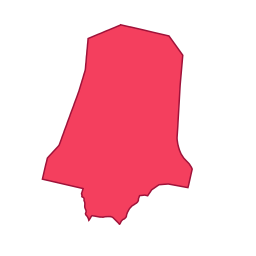 Khab wa Ash Sha'f, Al Jawf, Yemen, rotated 283°
{"feature_id": "15242507B11673803403546", "entity_name": "Khab wa Ash Sha'f", "entity_type": "district", "adm_level": 2, "iso_a3": "YEM", "parent_name": "Yemen", "parent_adm1": "Al Jawf", "projection": "mercator", "projection_center": [45.303, 16.593], "detail": "fine", "context": "isolated", "style": "filled", "palette": "rose", "viewbox_px": 256, "rotation_deg": 283, "n_neighbors": 0, "source": "geoboundaries", "source_scale": "gbopen_adm2", "svg_char_len": 4010}
<svg xmlns="http://www.w3.org/2000/svg" viewBox="0 0 256 256"><g transform="rotate(283 128 128)"><path d="M226.9,97.6L226.7,97.6L225.4,95.8L224.2,94.1L223.0,92.5L221.6,90.5L220.3,88.7L219.0,86.9L217.8,85.1L216.5,83.3L215.2,81.6L213.9,79.8L212.5,77.7L211.4,76.2L210.1,74.4L208.8,72.6L207.5,70.8L206.2,69.0L204.2,69.3L202.3,69.6L200.4,69.8L198.4,70.1L196.4,70.4L194.4,70.6L192.5,70.9L190.5,71.2L188.5,71.4L186.6,71.7L184.6,72.0L182.7,72.3L180.7,72.5L178.7,72.8L176.8,73.1L174.8,73.3L172.6,73.2L170.4,73.0L168.2,72.9L166.1,72.8L163.9,72.6L161.7,72.5L159.5,72.3L157.5,72.2L154.9,72.0L152.9,71.9L150.7,71.6L148.8,71.4L146.3,71.1L144.1,70.8L141.9,70.5L139.7,70.2L137.5,70.0L135.3,69.7L133.1,69.4L130.9,69.1L128.7,68.8L126.5,68.6L124.3,68.3L122.1,68.0L119.8,67.7L117.6,67.5L115.4,67.2L113.2,66.9L111.0,66.6L108.8,66.4L106.6,66.1L104.5,65.8L102.2,65.6L100.0,65.3L97.6,65.0L95.6,64.7L93.7,63.7L91.8,62.6L89.9,61.5L88.0,60.4L86.2,59.4L84.3,58.3L82.4,57.2L80.5,56.2L78.4,56.2L76.3,56.2L74.3,56.1L72.1,56.1L70.0,56.1L67.9,56.1L65.8,56.1L63.6,56.1L61.6,56.1L60.2,56.1L59.4,56.1L58.9,56.1L58.9,60.7L58.9,73.3L58.9,73.6L58.9,82.8L58.9,88.8L58.9,97.9L53.4,97.5L52.2,98.4L51.4,98.3L50.8,98.5L50.6,98.7L50.5,98.9L50.5,99.4L50.4,99.8L50.2,100.1L49.9,100.6L49.6,100.9L49.3,101.1L48.9,101.2L48.5,101.3L48.1,101.3L47.6,101.4L47.4,101.5L47.1,101.7L46.8,101.9L46.5,102.1L46.1,102.4L45.7,102.6L45.0,102.8L44.6,103.0L44.1,103.1L43.5,103.2L43.2,103.2L42.8,103.3L42.2,103.4L41.8,103.5L41.3,103.7L40.9,103.8L40.4,104.1L40.1,104.3L39.6,104.6L39.0,105.1L38.5,105.4L38.0,105.7L37.4,105.9L37.0,106.0L36.7,106.0L36.4,106.0L36.2,106.0L35.8,105.9L35.5,105.9L35.2,105.8L34.8,105.9L34.4,106.1L34.2,106.3L33.9,106.5L33.7,106.7L33.5,107.0L33.3,107.3L33.1,107.6L32.9,107.9L32.7,108.1L32.5,108.3L32.1,108.7L31.7,109.0L31.3,109.4L30.8,109.7L30.3,110.1L29.8,110.3L29.2,110.6L29.5,110.8L30.5,111.1L31.2,111.4L32.9,111.9L33.3,112.0L33.9,112.3L34.5,112.7L34.6,114.7L34.7,115.5L34.7,116.3L34.9,120.5L35.3,122.4L35.4,123.2L35.5,123.8L35.8,124.4L36.5,125.8L36.5,126.0L36.6,126.3L37.0,127.7L37.5,129.7L37.7,131.3L37.8,131.3L37.7,132.0L37.5,133.0L37.4,133.3L37.3,133.6L36.9,134.2L33.3,140.0L32.5,141.3L32.4,141.3L32.4,141.5L32.6,141.6L33.0,141.7L33.2,141.8L33.4,141.9L33.9,142.0L34.3,142.1L34.7,142.1L35.3,142.3L35.6,142.4L36.1,142.6L36.6,142.9L37.1,143.2L37.4,143.4L37.7,143.6L37.8,143.8L38.0,144.0L38.1,144.3L38.4,144.5L38.5,144.7L38.8,145.0L39.1,145.2L39.4,145.4L39.9,145.7L40.4,146.0L40.9,146.2L41.3,146.3L41.5,146.3L41.9,146.2L42.2,146.2L42.5,146.2L42.8,146.2L43.1,146.2L43.4,146.2L43.8,146.2L44.0,146.2L44.4,146.3L44.9,146.4L45.3,146.4L45.6,146.4L45.9,146.5L46.3,146.6L46.5,146.7L46.9,146.8L47.3,146.9L47.8,147.0L48.4,147.2L49.0,147.3L49.4,147.5L49.7,147.6L50.1,147.8L50.4,147.9L50.7,148.1L51.1,148.3L51.5,148.6L52.1,148.9L52.5,149.1L52.8,149.3L53.2,149.6L53.4,149.8L53.6,150.1L53.9,150.3L54.1,150.5L54.4,150.8L54.7,151.2L55.0,151.4L55.5,151.9L56.1,152.4L56.5,152.9L57.0,153.3L57.3,153.4L57.6,153.7L58.0,153.9L58.6,154.1L59.1,154.3L59.5,154.3L59.9,154.4L60.3,154.3L60.5,154.3L60.8,154.2L61.0,154.2L61.4,154.1L61.5,154.1L62.0,154.2L62.3,154.2L62.8,154.3L64.7,154.5L66.0,158.3L66.4,159.3L66.4,162.4L69.1,163.4L70.5,164.0L73.0,164.9L74.9,166.6L75.3,167.0L75.9,167.5L78.1,169.5L79.6,170.9L79.7,171.0L79.9,171.6L80.6,173.8L81.2,175.6L81.4,176.3L82.5,179.8L83.4,199.8L86.3,199.9L97.4,199.8L100.2,199.8L101.2,199.8L102.2,199.8L102.6,199.6L102.9,199.5L103.5,199.0L104.1,198.5L105.0,197.6L105.9,196.6L106.0,196.6L106.2,196.4L106.6,196.0L107.6,194.6L109.2,192.1L111.2,189.1L114.0,186.2L114.7,185.5L115.8,184.7L117.9,183.2L119.8,182.1L121.0,181.4L121.5,181.2L122.8,180.5L123.4,180.2L124.6,179.7L125.9,179.2L127.1,178.7L128.3,178.3L129.9,177.9L130.0,177.9L132.5,177.5L133.8,177.3L141.1,176.1L145.0,175.4L168.5,171.4L181.3,169.2L211.2,165.0L213.7,162.2L226.9,147.2L226.9,131.0L227.0,120.8L227.0,115.9L227.0,115.7L227.0,110.9L227.0,107.9L226.9,107.9L226.9,103.8L226.9,99.8L226.9,97.8L226.9,97.7L226.9,97.6Z" fill="#f43f5e" stroke="#9f1239" stroke-width="1.5"/></g></svg>